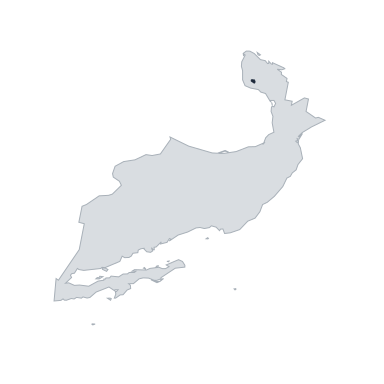 location of Muna, Yucatán, Mexico, rotated 281°
{"feature_id": "50627088B11927657665908", "entity_name": "Muna", "entity_type": "district", "adm_level": 2, "iso_a3": "MEX", "parent_name": "Mexico", "parent_adm1": "Yucatán", "projection": "equal_earth", "projection_center": [-89.733, 20.466], "detail": "fine", "context": "in_parent", "style": "filled", "palette": "slate", "viewbox_px": 384, "rotation_deg": 281, "n_neighbors": 0, "source": "geoboundaries", "source_scale": "gbopen_adm2", "svg_char_len": 4454}
<svg xmlns="http://www.w3.org/2000/svg" viewBox="0 0 384 384"><g transform="rotate(281 192 192)"><path d="M58.7,77.4L81.1,75.1L79.9,77.7L113.9,92.3L140.3,92.3L140.7,86.7L157.0,86.8L159.6,90.8L170.5,101.6L172.8,110.7L174.7,114.2L185.1,121.4L188.7,118.7L191.6,111.9L194.9,110.5L202.6,111.6L208.8,119.1L212.7,129.9L219.9,139.7L220.2,145.9L223.3,153.7L239.6,161.0L241.8,159.9L236.4,180.0L234.2,204.3L234.9,209.5L239.1,216.6L238.1,220.4L238.4,216.5L234.9,210.6L236.0,216.0L240.1,227.6L247.1,238.7L248.6,245.5L253.5,252.6L252.1,252.4L254.9,254.1L254.0,253.1L259.3,254.0L263.0,256.4L266.3,261.0L275.2,257.5L281.7,257.0L286.1,254.3L290.6,253.8L291.6,254.8L291.2,256.2L294.9,257.2L297.5,255.0L296.8,251.4L295.6,252.2L295.9,251.5L302.7,245.4L303.2,240.5L305.2,237.6L305.2,229.7L306.5,223.8L311.7,220.3L320.8,218.5L324.8,216.5L329.3,216.0L336.6,218.1L337.2,216.8L335.3,216.7L337.8,215.8L340.7,218.4L341.3,221.9L339.8,226.7L335.0,233.9L334.9,238.8L332.5,241.7L332.9,242.8L335.0,242.4L332.8,245.4L332.8,246.7L334.3,246.3L331.4,258.5L330.7,259.6L329.1,256.8L328.8,252.2L326.6,257.0L324.4,257.3L321.6,263.6L318.4,263.6L318.1,265.6L300.2,265.6L300.2,273.0L296.1,273.0L305.8,284.4L305.5,288.6L292.8,288.6L288.2,299.2L289.4,301.8L287.8,308.9L278.7,296.9L271.4,288.9L266.9,285.8L266.4,286.6L270.5,289.3L264.1,286.9L264.5,285.0L262.8,285.8L261.7,284.1L260.5,285.9L262.7,286.8L259.4,287.2L256.1,289.9L245.8,294.2L239.2,290.8L233.6,290.0L229.9,286.8L226.1,285.5L223.8,282.5L214.7,280.1L203.5,273.7L196.2,267.8L193.2,263.7L185.6,262.4L178.4,258.9L174.0,252.3L164.2,246.0L159.2,237.3L157.5,231.9L161.6,229.4L161.0,227.1L159.3,226.4L162.1,222.4L162.5,217.5L160.4,215.9L158.5,211.1L158.7,206.7L157.5,202.8L151.9,195.4L147.1,186.6L139.5,179.0L141.7,180.4L142.0,178.7L137.8,177.1L135.0,171.1L137.2,171.3L131.2,167.3L130.5,165.3L128.1,166.0L127.8,165.1L129.6,162.8L126.6,164.6L124.9,162.9L124.7,159.0L127.1,155.5L127.8,156.2L126.5,152.6L124.7,150.3L122.1,150.4L120.6,145.7L117.5,144.6L115.7,142.6L114.7,138.4L115.7,135.7L110.1,134.4L101.2,121.1L100.9,118.0L99.5,117.0L94.4,100.7L94.3,95.8L95.1,94.1L89.9,92.1L88.8,89.4L87.1,88.6L85.1,90.1L78.3,85.2L79.3,88.3L77.9,94.4L79.2,99.3L79.8,108.6L86.6,116.8L88.6,122.3L89.7,122.1L90.1,123.7L91.2,123.9L92.0,127.5L94.0,128.6L94.7,136.2L98.3,140.0L99.3,144.3L101.0,145.7L102.0,150.8L103.5,152.0L102.8,148.2L104.8,150.4L106.7,162.1L109.0,165.4L111.8,173.9L111.1,177.5L111.7,180.6L114.3,183.7L115.5,180.6L123.0,191.7L122.0,195.9L118.7,199.0L116.9,199.3L114.0,190.1L102.0,177.9L100.9,178.1L98.5,174.2L98.1,171.6L99.2,165.9L98.4,160.5L96.7,156.7L90.9,152.0L89.9,147.3L88.7,149.3L85.5,150.2L83.5,147.1L78.0,143.9L77.3,141.2L73.3,137.3L73.0,136.0L77.3,136.7L80.0,135.6L79.8,136.8L82.0,138.1L81.4,135.0L80.3,134.8L82.9,128.6L75.5,117.0L69.0,111.9L67.9,109.3L68.2,105.0L66.7,103.7L66.5,98.8L64.5,96.7L64.4,93.8L61.8,89.4L61.5,87.3L62.5,85.8L60.6,84.0L58.7,77.4ZM100.8,121.3L99.9,124.3L97.8,123.3L99.0,118.8L100.3,118.4L100.8,121.3ZM91.9,120.7L89.0,117.5L88.4,114.2L89.9,115.3L90.1,117.1L91.7,117.6L91.9,120.7ZM339.7,233.0L338.9,232.0L339.3,230.6L341.4,229.4L339.7,233.0ZM98.4,178.0L96.3,174.9L98.0,168.5L97.3,174.2L98.4,178.0ZM71.9,133.1L70.2,132.7L71.6,129.3L72.2,131.8L71.9,133.1ZM43.9,122.1L42.6,120.0L43.0,119.0L43.5,119.1L43.9,122.1ZM100.3,178.1L101.6,180.6L98.8,178.2L100.3,178.1ZM150.1,216.0L149.7,217.0L149.0,216.6L148.8,214.8L150.1,216.0ZM112.8,171.7L113.2,173.6L111.8,171.1L112.8,171.7ZM108.0,158.9L108.8,159.7L107.4,161.5L108.0,158.9ZM105.5,253.4L104.9,253.7L104.1,252.9L104.9,251.8L105.5,253.4ZM293.8,253.8L292.2,254.3L294.9,253.2L293.8,253.8ZM119.9,182.7L119.1,182.5L119.1,180.6L119.9,182.7Z" fill="#d9dde1" stroke="#a8b0b8" stroke-width="1"/><path d="M312.6,232.4L312.6,232.2L312.7,231.8L312.8,231.9L313.1,231.5L313.4,231.7L313.6,231.7L313.6,231.4L313.5,231.2L313.5,230.9L313.4,230.8L313.4,230.7L313.5,230.5L313.5,230.4L313.5,230.2L313.5,229.8L313.5,229.6L313.3,229.6L313.2,229.6L313.0,229.9L313.0,230.0L312.9,230.1L312.9,229.9L312.8,230.0L312.7,230.0L312.7,229.9L312.8,229.9L312.8,229.7L312.7,229.5L312.6,229.4L312.4,229.2L312.3,229.3L312.3,229.5L312.3,229.8L312.3,230.0L312.2,230.0L312.1,229.9L312.0,230.0L312.0,230.3L312.0,230.6L312.0,230.8L311.7,230.7L311.6,230.9L311.6,231.0L311.6,231.3L311.6,231.5L311.4,232.0L311.2,232.0L311.2,232.4L311.3,232.4L311.6,232.5L311.8,232.6L312.0,232.5L312.0,232.3L312.1,232.2L312.3,232.2L312.4,232.3L312.4,232.5L312.6,232.5L312.6,232.4Z" fill="#64748b" stroke="#1e293b" stroke-width="1.5"/></g></svg>